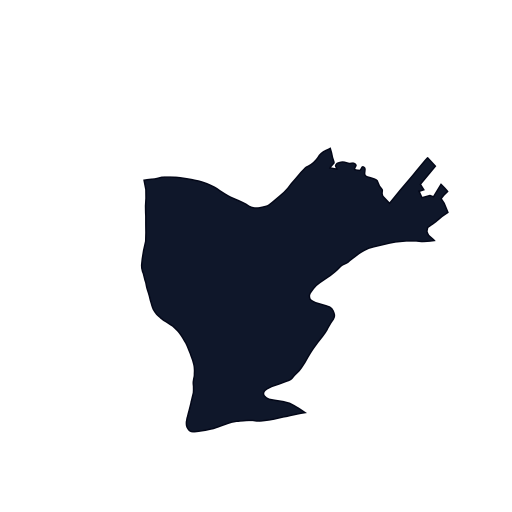 Xuan Truong, Nam Định, Vietnam, rotated 216°
{"feature_id": "81297802B91982413663988", "entity_name": "Xuan Truong", "entity_type": "district", "adm_level": 2, "iso_a3": "VNM", "parent_name": "Vietnam", "parent_adm1": "Nam Định", "projection": "robinson", "projection_center": [106.347, 20.297], "detail": "fine", "context": "isolated", "style": "filled", "palette": "ink", "viewbox_px": 512, "rotation_deg": 216, "n_neighbors": 0, "source": "geoboundaries", "source_scale": "gbopen_adm2", "svg_char_len": 5024}
<svg xmlns="http://www.w3.org/2000/svg" viewBox="0 0 512 512"><g transform="rotate(216 256 256)"><path d="M391.1,251.5L388.3,248.9L384.1,245.0L378.9,238.0L374.8,231.6L370.9,226.4L368.5,223.4L363.7,216.8L358.7,210.1L353.9,203.1L350.2,194.5L346.3,186.8L343.1,181.3L341.3,179.1L338.7,176.8L336.8,175.6L331.7,171.3L329.6,169.8L328.4,168.7L326.7,167.1L325.3,165.9L323.6,164.6L321.1,162.8L318.8,161.0L315.4,158.1L312.5,155.9L311.4,155.0L309.6,153.7L307.7,152.5L305.0,151.4L303.7,151.0L302.2,150.5L300.9,150.3L299.1,150.1L297.4,150.0L296.5,149.8L295.5,149.8L293.6,149.7L293.0,149.7L292.7,149.7L289.9,150.0L287.4,150.1L284.6,150.2L282.3,150.4L280.7,150.2L279.1,150.0L277.2,149.7L275.7,149.5L274.3,149.2L272.5,148.7L270.7,148.1L269.0,147.5L267.0,146.7L264.1,145.4L261.4,144.3L258.4,142.6L256.8,141.6L255.4,140.7L251.8,138.5L250.0,137.2L247.9,135.8L246.1,134.6L244.6,133.4L242.6,131.8L241.3,130.6L240.3,129.5L238.9,127.8L238.2,126.9L237.4,125.7L236.6,124.5L235.8,123.4L235.1,122.2L234.2,120.1L232.7,117.2L231.6,115.7L229.9,113.8L228.8,112.3L227.9,111.1L227.3,110.2L226.2,108.5L224.5,104.3L223.3,101.5L222.7,99.9L222.0,98.5L219.2,91.5L218.3,89.1L216.7,85.2L216.6,84.7L216.0,83.4L215.4,82.3L214.8,80.9L213.8,79.5L212.8,78.3L211.3,77.1L210.0,76.5L208.7,76.0L207.5,75.7L206.4,75.7L205.5,75.9L204.7,76.2L203.7,76.8L202.1,78.0L199.4,80.5L197.9,82.0L194.5,85.3L193.1,86.9L190.9,89.4L189.2,91.2L188.0,92.9L187.2,94.1L186.1,95.6L185.0,97.3L183.3,99.8L181.7,102.1L180.5,103.9L179.7,105.0L179.3,105.5L178.8,106.2L178.1,107.2L175.9,109.5L174.7,110.8L173.1,112.0L171.9,113.2L170.2,114.6L168.8,115.8L166.6,117.7L164.6,119.2L162.0,121.1L158.7,122.8L156.1,124.6L154.8,125.7L152.3,128.0L150.3,129.9L148.9,131.2L146.5,133.7L145.8,134.4L143.2,137.4L139.3,141.9L136.8,144.4L134.2,147.5L132.1,149.8L129.6,152.6L127.0,155.4L124.3,158.1L130.6,157.9L137.4,157.3L142.2,156.6L148.4,154.2L156.4,150.1L161.2,147.8L164.2,147.3L167.1,147.7L168.6,148.5L169.3,149.5L169.7,150.5L169.8,151.4L169.7,152.8L169.0,155.0L166.6,159.7L161.9,166.3L159.8,169.5L157.9,172.4L156.4,174.5L155.4,176.5L155.2,177.3L155.0,178.2L154.8,181.9L154.5,183.7L153.7,188.5L153.6,192.1L153.9,198.5L154.6,204.5L155.0,209.0L155.2,212.2L155.3,215.1L155.3,222.6L155.0,229.8L155.0,234.5L155.2,237.7L155.6,240.0L156.2,246.0L156.3,250.3L156.9,252.8L157.8,254.3L159.3,255.6L161.3,256.9L163.8,257.9L166.4,258.0L170.1,256.9L176.0,254.8L179.9,253.4L180.5,253.2L183.6,252.7L185.6,252.6L186.8,252.8L188.1,253.7L189.5,255.2L190.3,257.3L190.4,259.5L190.4,263.6L190.0,267.6L188.7,272.1L186.1,279.4L184.4,284.1L183.1,288.8L182.9,289.6L182.2,292.7L181.5,297.2L181.5,297.4L180.8,299.6L178.9,303.0L178.0,304.9L177.5,307.4L176.6,310.4L174.2,318.4L173.1,321.2L171.7,324.3L169.4,328.6L168.5,329.7L166.3,332.5L163.2,336.1L158.2,341.9L155.8,344.7L151.5,349.3L143.1,356.7L135.2,362.4L130.6,365.0L128.5,366.6L124.1,370.3L120.9,373.3L121.8,373.5L122.8,373.6L126.1,373.9L127.4,374.0L128.6,374.2L130.4,375.1L131.8,376.0L132.4,376.7L133.9,380.0L132.6,383.9L131.9,385.7L130.6,389.9L130.5,390.5L129.6,393.9L128.8,397.3L126.4,404.1L134.7,409.2L134.9,409.3L140.0,411.2L139.8,415.7L138.9,420.8L139.8,421.1L143.5,421.9L148.4,422.7L147.2,408.2L150.8,407.2L156.0,400.7L162.2,404.2L161.9,404.4L159.2,408.2L165.2,410.6L163.7,434.1L174.8,436.3L174.9,436.2L175.3,432.8L176.2,419.1L176.5,413.3L178.0,393.9L178.9,377.1L188.6,378.9L189.8,379.8L190.9,380.8L192.2,383.1L192.7,383.6L193.1,383.9L194.4,384.3L196.2,384.8L197.5,385.2L198.2,385.7L200.7,387.2L202.2,388.1L203.5,388.2L204.2,388.1L205.7,387.8L209.4,386.6L212.5,385.4L213.8,385.2L214.7,385.2L215.4,385.6L216.1,385.9L217.0,387.2L217.8,388.6L218.9,390.4L219.9,391.1L221.3,391.2L222.0,390.9L222.3,390.6L222.4,390.0L222.3,389.6L222.1,387.7L222.1,386.7L222.4,386.2L223.0,385.8L224.2,385.1L225.1,384.6L226.7,384.0L227.1,384.0L227.3,384.2L227.6,384.6L227.9,385.6L228.1,387.1L228.3,388.0L229.0,388.5L229.9,388.7L231.3,388.5L232.0,388.2L232.9,387.5L234.0,386.4L235.0,385.6L237.1,384.8L239.5,383.9L241.1,383.0L242.3,381.9L243.5,380.5L244.7,378.8L244.9,378.0L244.9,377.3L244.9,376.5L244.7,375.9L244.2,375.4L243.1,374.8L241.6,374.0L242.6,373.3L246.4,371.5L248.0,370.6L248.1,370.9L248.1,371.7L248.0,372.8L247.7,375.9L247.6,377.1L248.1,377.8L252.1,380.7L255.5,383.8L259.2,386.7L260.0,385.0L261.3,382.8L262.7,380.0L263.5,377.3L263.9,374.6L263.8,373.7L263.7,371.8L263.8,369.2L264.3,365.5L265.2,362.3L266.5,359.3L267.5,357.5L267.9,356.0L268.1,354.3L268.7,350.2L269.3,341.8L269.7,337.5L269.9,335.4L270.0,329.5L270.7,323.9L272.2,317.5L274.3,309.0L275.4,305.1L276.1,303.4L277.4,301.7L279.7,299.0L280.1,298.6L281.9,296.6L283.9,295.0L285.7,293.8L288.3,292.7L291.0,292.1L294.5,292.0L298.2,291.4L302.4,290.6L306.3,289.7L311.2,288.6L314.1,288.2L318.5,287.8L318.9,287.8L323.8,287.5L327.2,287.5L330.3,287.2L334.6,286.4L338.3,285.6L342.6,284.3L346.3,283.0L350.4,281.1L352.8,280.1L357.4,277.8L363.4,274.7L366.7,272.8L372.0,269.2L376.0,266.3L378.6,264.2L381.4,260.8L383.2,258.8L384.9,257.3L385.2,257.0L385.4,256.9L387.4,255.1L388.6,254.0L391.1,251.5Z" fill="#0f172a" stroke="#020617" stroke-width="1.5"/></g></svg>